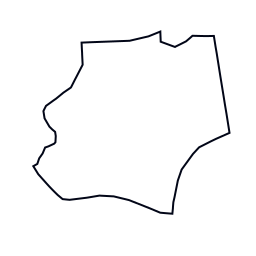 the district of Bilad Ar Rus, Sana'a, Yemen, rotated 261°
{"feature_id": "15242507B85471999170194", "entity_name": "Bilad Ar Rus", "entity_type": "district", "adm_level": 2, "iso_a3": "YEM", "parent_name": "Yemen", "parent_adm1": "Sana'a", "projection": "natural_earth1", "projection_center": [44.271, 15.035], "detail": "fine", "context": "isolated", "style": "outline", "palette": "ink", "viewbox_px": 256, "rotation_deg": 261, "n_neighbors": 0, "source": "geoboundaries", "source_scale": "gbopen_adm2", "svg_char_len": 1401}
<svg xmlns="http://www.w3.org/2000/svg" viewBox="0 0 256 256"><g transform="rotate(261 128 128)"><path d="M218.2,175.0L217.4,171.6L217.0,169.9L215.3,162.5L214.9,156.8L214.2,147.2L213.9,143.2L218.5,105.0L219.6,95.5L213.2,94.8L209.2,94.4L207.8,94.2L197.6,93.1L197.3,92.9L189.4,87.1L185.2,84.0L184.7,83.6L177.5,78.4L176.9,77.9L173.0,69.7L170.4,65.3L168.2,61.5L166.9,58.8L164.3,53.7L163.8,52.7L162.7,50.5L160.1,48.6L158.8,47.7L157.9,47.1L152.3,47.1L150.6,47.1L146.2,48.8L141.6,50.6L141.2,50.9L138.6,52.8L138.0,53.3L135.6,55.4L131.4,55.4L129.5,55.0L125.3,54.1L124.1,52.7L122.3,46.5L121.7,43.1L120.9,42.6L116.2,39.7L112.0,35.6L111.1,35.1L106.7,32.8L105.1,28.5L96.5,32.1L96.3,32.2L86.2,38.7L82.4,41.2L79.1,43.5L75.9,45.8L72.8,48.1L68.0,52.3L67.0,56.0L66.2,59.1L65.6,76.3L65.6,78.9L65.7,89.4L65.5,90.1L63.4,99.9L62.7,103.2L56.7,117.6L45.3,136.9L39.3,146.6L37.8,152.6L36.4,158.4L41.7,159.8L42.7,160.0L47.6,161.2L52.6,163.2L68.3,169.0L78.6,174.5L92.2,188.1L97.8,195.2L101.9,207.9L103.5,213.2L107.3,227.5L116.9,227.5L126.2,227.5L126.8,227.5L136.1,227.4L143.0,227.4L143.9,227.4L165.1,227.3L170.5,227.3L173.6,227.3L177.7,227.3L179.2,227.3L187.7,227.3L194.5,227.2L199.2,227.2L203.8,227.2L205.5,227.2L206.5,219.9L207.5,214.2L208.1,211.0L209.0,206.1L207.5,203.8L204.5,198.9L202.1,191.4L201.0,187.8L200.7,187.1L203.3,182.4L203.7,181.7L208.1,173.8L218.2,175.0Z" fill="none" stroke="#020617" stroke-width="2"/></g></svg>